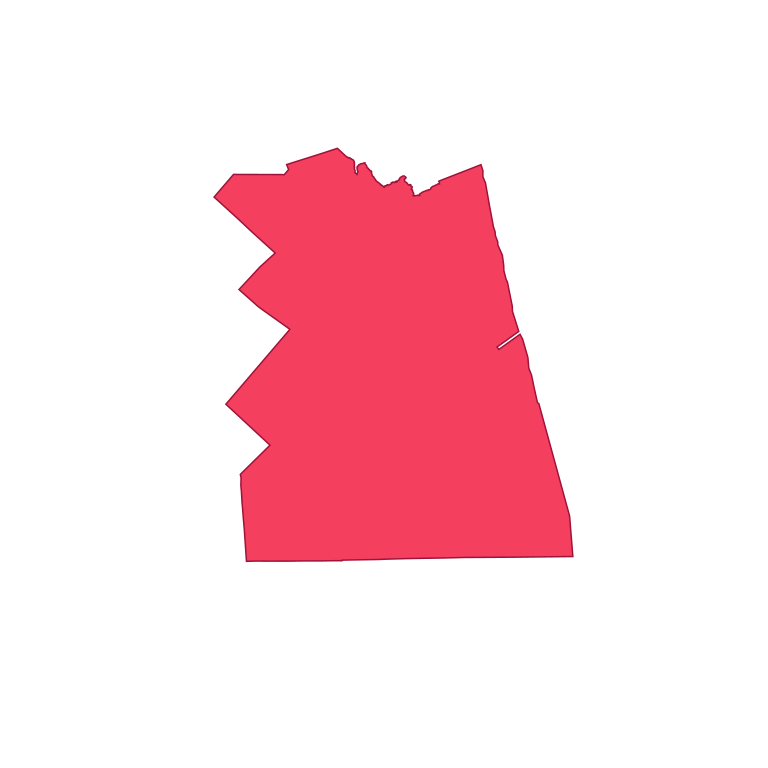 outline of General Juan Madariaga, Buenos Aires, Argentina, rotated 316°
{"feature_id": "61730980B92703930088749", "entity_name": "General Juan Madariaga", "entity_type": "district", "adm_level": 2, "iso_a3": "ARG", "parent_name": "Argentina", "parent_adm1": "Buenos Aires", "projection": "equal_earth", "projection_center": [-56.992, -37.156], "detail": "fine", "context": "isolated", "style": "filled", "palette": "rose", "viewbox_px": 768, "rotation_deg": 316, "n_neighbors": 0, "source": "geoboundaries", "source_scale": "gbopen_adm2", "svg_char_len": 5679}
<svg xmlns="http://www.w3.org/2000/svg" viewBox="0 0 768 768"><g transform="rotate(316 384 384)"><path d="M606.1,293.6L564.5,276.2L564.3,276.2L564.2,276.3L564.2,276.5L564.3,276.6L564.1,277.2L563.9,277.5L563.7,277.7L563.0,277.9L562.9,278.1L562.9,278.5L562.7,278.4L562.0,277.7L561.6,277.5L561.4,277.4L561.0,277.4L560.8,277.3L560.4,277.4L559.8,277.2L559.6,277.1L559.2,276.7L558.5,276.6L558.1,276.6L556.6,275.8L556.3,275.7L555.9,275.8L555.3,275.5L554.0,275.5L553.5,275.7L553.2,276.1L552.5,276.2L552.1,276.1L551.1,275.3L550.3,275.0L550.0,275.1L549.7,274.9L549.3,274.4L549.0,274.3L548.6,274.3L548.3,274.0L547.8,273.9L547.2,273.6L546.7,273.4L546.1,273.1L545.9,273.1L545.2,272.8L544.5,272.5L543.9,272.5L543.2,272.4L542.7,272.5L542.2,272.1L541.1,272.3L540.9,272.8L540.9,273.1L540.7,273.2L540.6,272.7L540.4,272.6L540.2,272.4L540.0,272.2L539.9,272.3L539.7,272.2L539.4,271.9L539.4,271.6L539.2,271.5L538.6,271.3L537.9,270.6L537.4,270.4L537.2,270.2L536.4,269.6L536.4,269.4L536.4,269.1L536.5,269.0L536.4,268.8L536.1,269.0L535.8,268.9L536.1,268.6L536.7,268.4L536.8,268.2L537.4,268.0L537.6,267.7L538.0,266.9L538.1,265.9L538.3,265.8L538.6,264.9L539.2,264.4L539.2,264.2L539.2,263.9L539.2,263.7L538.8,263.4L538.8,263.0L538.9,262.9L539.1,262.6L540.3,262.5L540.7,262.3L541.1,262.0L541.2,261.8L541.2,261.4L540.9,260.3L541.0,260.0L540.9,259.6L541.0,259.5L541.1,259.4L541.4,259.6L541.5,259.6L541.7,259.2L541.5,258.8L541.4,258.7L541.1,258.7L540.9,258.9L540.7,258.9L540.5,258.6L540.6,258.4L540.5,258.2L540.2,258.1L539.9,257.9L539.9,257.7L539.8,257.4L539.9,257.1L540.0,256.8L540.1,256.3L540.2,254.7L540.0,254.2L539.7,253.5L539.7,252.8L539.9,252.2L540.1,252.0L540.1,251.8L540.4,251.7L540.6,251.4L540.9,250.8L541.0,250.9L541.3,251.1L541.6,251.0L542.0,251.1L542.4,251.0L542.9,251.1L543.3,250.8L543.4,250.6L543.3,250.3L543.3,250.0L543.0,248.3L542.3,247.6L541.9,247.4L540.7,247.2L540.4,247.1L540.1,247.1L539.4,246.7L538.7,246.8L537.9,247.1L537.4,247.1L537.2,247.2L537.4,247.5L536.8,247.7L535.8,247.4L535.5,247.5L535.1,247.5L534.7,247.6L534.4,247.6L534.1,247.5L534.2,247.2L534.3,247.1L534.1,246.9L534.0,247.3L533.9,247.5L533.2,247.4L532.8,247.1L532.7,247.0L532.9,246.7L532.8,246.4L532.4,246.3L532.1,246.5L531.6,246.4L531.4,246.4L531.2,246.0L531.3,245.6L531.2,245.5L531.0,245.4L530.6,245.3L530.5,245.2L530.5,244.9L530.4,244.7L530.0,244.6L529.6,244.8L529.0,244.4L528.9,244.4L528.9,244.8L528.4,244.9L527.9,244.9L527.5,244.8L526.8,244.5L526.4,244.4L526.2,244.3L525.9,244.3L525.3,244.0L525.2,243.8L524.8,243.4L525.0,243.1L524.7,242.9L524.4,242.9L524.3,243.2L524.2,243.2L523.9,243.3L523.2,242.9L523.2,242.6L522.7,242.4L522.4,242.1L522.1,242.2L521.9,242.3L521.1,242.4L520.9,242.7L520.7,242.6L520.6,242.4L520.6,242.2L520.8,241.5L520.8,241.4L520.7,241.2L520.7,240.9L520.7,240.5L520.4,239.9L520.5,239.8L520.4,239.3L520.2,239.2L520.3,238.7L520.3,238.4L520.0,238.3L520.1,238.0L520.2,237.1L520.2,236.9L520.0,236.7L520.1,236.3L520.0,235.6L520.0,235.0L519.6,234.6L519.7,234.0L519.6,233.8L519.6,233.5L519.6,233.4L519.6,232.7L519.6,232.4L519.5,232.2L519.5,231.7L519.8,231.3L519.7,231.0L519.8,230.9L519.8,230.5L520.0,230.2L520.1,229.3L520.0,229.0L520.0,228.8L520.4,228.2L520.5,227.7L520.3,227.3L520.3,226.9L520.3,226.0L520.4,225.8L520.6,225.5L520.7,225.4L520.8,225.3L520.9,224.7L521.1,224.3L521.3,223.9L521.6,223.7L521.8,223.5L522.1,222.8L522.4,222.8L522.4,222.6L522.5,222.5L522.7,222.1L522.6,221.9L522.7,221.7L522.6,221.4L522.4,221.2L522.3,220.5L522.2,220.3L522.1,220.1L522.3,219.7L522.4,219.4L522.2,219.0L522.3,218.5L522.4,218.1L522.4,217.7L522.4,217.2L522.1,216.9L522.1,216.6L522.4,216.1L522.6,215.9L522.8,215.4L523.1,214.9L523.2,214.3L523.2,213.9L523.1,213.7L523.2,213.2L523.4,212.7L523.3,212.1L523.4,211.7L523.8,211.5L523.1,211.0L521.6,210.5L521.0,210.0L520.8,209.7L520.2,209.4L518.8,209.1L518.3,208.8L517.7,208.9L517.1,209.1L516.5,209.1L516.2,208.9L515.9,208.9L515.8,209.3L515.4,209.4L514.9,209.6L514.6,210.0L514.2,210.4L513.8,211.1L513.5,211.4L513.2,211.9L512.8,213.1L512.6,213.0L512.1,213.4L511.8,213.6L511.7,213.7L511.4,213.7L511.2,213.8L510.6,214.0L510.2,214.2L510.3,214.4L510.1,214.5L510.0,211.7L510.4,211.6L510.6,211.3L510.7,211.1L511.5,210.3L511.7,209.9L511.6,209.7L512.8,207.8L513.4,207.7L513.6,207.3L513.6,207.0L513.7,206.8L513.9,206.8L514.0,206.6L514.1,206.4L514.6,206.2L514.9,205.7L515.1,205.5L515.2,205.4L515.4,205.5L515.6,205.4L515.6,205.1L516.3,204.3L516.4,204.1L516.6,204.1L516.7,203.9L516.9,203.6L516.9,203.2L517.3,202.7L517.4,202.1L517.5,201.3L517.2,200.9L517.1,200.4L517.0,200.2L517.0,199.5L516.7,199.4L516.6,199.2L516.6,198.3L516.6,197.8L516.4,197.5L516.1,197.3L516.0,197.1L515.7,197.0L515.7,196.8L515.8,196.7L515.4,196.3L515.4,196.2L515.5,195.8L515.1,194.8L514.9,194.7L514.2,182.1L494.3,172.4L466.4,158.5L464.9,162.1L464.4,163.5L457.6,164.1L455.8,162.2L425.3,132.6L421.4,128.7L391.6,131.5L393.6,162.1L394.6,182.3L396.7,214.2L387.2,213.9L382.3,213.8L376.2,213.6L345.3,215.3L347.2,240.3L347.6,243.2L354.3,279.3L256.2,288.7L259.5,348.8L217.9,349.2L216.0,352.2L210.5,357.6L206.8,362.2L198.9,371.4L196.7,374.2L189.1,383.4L182.7,391.3L161.9,416.0L169.2,422.7L178.2,431.5L194.1,446.8L202.3,454.5L215.9,467.6L225.1,476.2L231.0,481.9L231.4,481.5L238.2,487.8L258.0,506.3L264.1,511.7L278.1,524.5L298.4,543.4L306.3,550.8L322.7,565.9L330.6,573.5L358.3,599.9L400.0,639.3L425.8,607.9L481.8,505.6L481.5,503.9L490.2,489.7L496.3,480.1L499.1,473.3L505.9,464.9L514.9,448.0L516.4,442.7L490.6,438.9L491.0,435.9L500.2,437.3L517.5,439.8L526.8,421.1L527.7,420.1L530.3,417.2L543.6,396.4L544.6,393.4L549.0,385.7L552.7,381.6L558.6,373.6L562.3,363.5L562.6,362.9L564.4,361.0L567.3,354.5L569.7,351.6L571.9,347.0L583.5,329.4L596.7,309.8L599.1,303.6L603.3,299.3L606.1,293.6Z" fill="#f43f5e" stroke="#9f1239" stroke-width="1.5"/></g></svg>